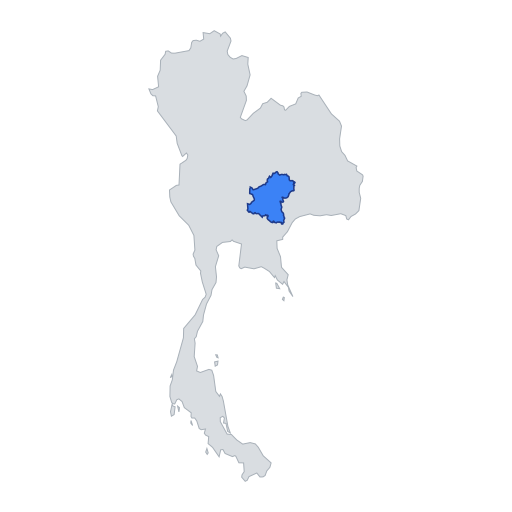 Nakhon Ratchasima highlighted on a map of Thailand
{"feature_id": "THA-441", "entity_name": "Nakhon Ratchasima", "entity_type": "Province", "adm_level": 1, "iso_a3": "THA", "parent_name": "Thailand", "parent_adm1": "", "projection": "natural_earth1", "projection_center": [102.187, 14.947], "detail": "fine", "context": "in_parent", "style": "filled", "palette": "blue", "viewbox_px": 512, "rotation_deg": 0, "n_neighbors": 0, "source": "natural_earth", "source_scale": "10m", "svg_char_len": 8911}
<svg xmlns="http://www.w3.org/2000/svg" viewBox="0 0 512 512"><path d="M220.2,34.0L220.6,36.2L222.6,33.3L225.2,31.9L230.4,38.2L231.0,41.0L227.2,51.1L227.8,54.5L230.2,57.3L233.1,59.0L236.1,58.5L241.9,55.6L248.2,57.5L247.8,64.2L250.1,74.9L247.0,85.9L243.9,91.3L246.2,96.0L246.4,100.4L240.3,117.4L241.5,118.8L245.3,120.6L247.0,120.0L253.3,113.3L260.4,108.1L262.7,103.7L267.2,102.3L271.1,98.3L280.4,105.2L282.8,105.8L284.0,107.0L284.5,109.8L285.6,110.3L289.4,106.4L295.7,103.9L298.2,98.0L301.2,96.3L300.9,93.4L301.8,92.3L307.0,92.0L314.9,95.1L317.6,95.7L318.9,95.0L331.4,113.9L339.5,121.2L341.5,126.1L339.6,138.8L339.8,146.0L341.6,151.6L345.0,155.4L347.6,160.9L356.9,166.1L356.1,167.5L356.8,171.0L362.6,174.9L363.1,176.2L362.4,181.4L359.8,185.3L359.2,188.4L359.2,192.4L360.7,198.3L358.9,210.6L355.5,214.0L351.0,216.5L348.5,219.8L346.7,219.0L345.8,215.6L340.8,213.7L331.2,215.5L326.5,214.7L320.1,215.8L313.8,215.3L310.1,213.9L299.7,216.6L295.3,219.0L292.2,222.6L287.5,231.6L282.7,237.1L282.7,239.4L276.8,240.8L277.1,248.4L280.5,256.7L281.5,267.3L288.2,274.7L286.9,279.9L287.7,284.9L292.9,296.6L289.1,291.1L288.4,287.3L284.0,281.5L282.6,284.3L277.4,280.0L275.2,275.7L274.5,277.6L269.4,271.5L264.2,268.2L261.3,266.7L254.0,268.8L244.8,267.1L241.2,268.7L239.7,267.8L238.8,265.9L241.5,244.0L233.5,241.3L232.1,239.9L230.4,241.5L222.5,242.4L216.8,246.4L216.1,249.8L218.7,255.8L215.4,266.6L216.5,276.9L216.0,282.5L212.0,289.6L211.0,295.3L206.5,304.0L203.5,315.0L202.8,321.5L197.5,331.2L196.2,336.7L194.4,338.8L195.1,343.2L194.2,356.6L197.5,366.4L196.6,370.9L200.3,372.5L208.9,369.4L211.8,370.2L213.6,375.5L215.8,391.5L219.5,396.4L220.4,393.9L222.1,396.5L223.4,401.2L227.9,426.4L230.3,432.9L227.6,431.3L226.0,423.4L223.5,423.0L224.4,418.0L222.8,416.3L220.2,417.7L220.3,421.6L227.1,434.1L231.4,434.5L236.8,440.0L242.7,444.1L250.2,442.6L255.3,443.9L258.3,447.3L263.2,455.8L271.1,462.9L269.9,467.3L266.8,470.9L265.1,475.5L263.0,476.9L260.0,477.0L256.8,473.0L249.0,476.6L247.2,480.3L245.2,481.3L241.7,477.2L242.0,474.9L244.2,471.6L243.6,462.9L238.9,462.8L235.8,456.2L234.8,455.6L232.5,456.6L225.1,453.5L222.9,449.5L220.7,449.8L219.1,456.8L212.6,447.4L208.1,443.6L208.7,436.6L205.6,435.1L204.3,433.2L205.5,429.0L201.2,429.7L199.2,428.5L196.8,421.0L194.7,418.0L191.9,418.0L191.0,416.5L191.2,412.8L184.3,407.6L182.1,401.6L178.9,398.9L176.8,399.7L174.7,404.0L173.1,403.7L171.7,402.5L169.9,396.5L170.1,386.0L172.3,379.9L173.5,370.1L176.7,361.9L183.4,337.9L183.7,328.4L195.1,314.9L202.6,299.5L205.1,297.2L206.2,294.3L202.3,281.9L200.5,273.2L200.8,271.0L196.0,265.1L194.8,258.4L193.5,256.3L193.1,254.1L194.9,250.1L193.9,235.4L188.7,225.2L179.2,215.8L170.9,201.9L169.8,197.0L169.5,190.0L176.3,185.4L179.0,185.0L180.0,164.2L185.9,160.3L187.2,158.5L187.8,155.0L186.4,153.0L182.6,156.5L181.9,155.7L177.2,143.4L176.2,136.0L157.4,110.9L158.3,106.7L155.6,95.9L152.8,95.7L150.9,93.8L148.9,88.9L152.6,89.6L158.6,86.8L157.6,76.3L160.2,70.2L160.6,60.2L165.1,54.3L165.7,51.3L168.2,50.9L171.5,53.1L174.9,53.2L189.0,50.6L190.8,47.9L191.7,42.4L193.1,40.6L196.3,40.2L199.9,41.3L203.7,39.1L203.1,32.6L209.8,33.7L214.2,30.7L220.2,34.0ZM175.1,406.8L174.1,414.6L171.4,416.2L170.5,411.7L172.1,404.3L172.9,406.0L175.1,406.8ZM218.0,361.1L217.5,364.9L215.2,366.2L214.6,361.9L218.0,361.1ZM276.8,283.3L279.7,288.7L276.4,288.2L275.7,283.0L276.8,283.3ZM207.2,454.4L205.7,452.1L206.9,448.5L208.2,452.9L207.2,454.4ZM179.5,407.7L178.9,411.9L177.6,406.1L179.5,407.7ZM218.1,357.8L216.8,357.3L215.7,354.8L217.3,354.9L218.1,357.8ZM191.0,420.5L192.6,425.5L190.8,423.1L191.0,420.5ZM284.3,297.5L283.9,300.7L282.4,299.4L283.3,297.1L284.3,297.5ZM171.9,376.5L170.3,377.7L171.7,374.7L171.9,376.5Z" fill="#d9dde1" stroke="#a8b0b8" stroke-width="1"/><path d="M248.8,212.1L248.4,211.7L248.2,211.4L247.9,210.8L247.4,210.4L247.3,210.2L247.4,209.8L247.6,209.5L247.9,209.0L247.5,203.7L248.2,203.9L248.4,204.1L248.6,204.2L248.9,204.2L249.6,204.5L249.8,204.4L249.9,204.2L250.0,204.1L250.3,204.0L250.6,203.7L251.0,203.5L251.1,203.3L251.2,203.1L251.4,202.4L251.5,202.2L252.3,201.8L252.6,201.4L253.1,201.2L253.7,200.7L254.0,200.5L254.2,200.3L254.3,200.0L254.3,199.1L254.3,198.9L254.2,198.6L253.0,196.0L252.9,195.7L252.9,195.3L252.8,195.0L252.5,194.6L252.4,194.4L251.8,194.3L251.6,194.3L251.3,194.1L250.6,193.6L250.4,193.6L250.1,193.7L249.8,193.6L249.7,193.3L249.7,192.7L249.8,190.2L249.8,189.7L249.8,188.9L249.9,188.6L250.3,187.9L250.3,187.6L250.3,187.1L251.7,187.8L252.1,188.1L252.4,188.5L252.6,189.1L252.8,189.5L253.0,189.7L253.6,189.7L257.2,188.5L257.8,188.2L258.1,187.9L258.9,187.0L259.1,186.8L259.3,186.7L260.3,186.4L261.4,185.9L263.0,184.8L263.4,184.6L264.1,184.4L264.3,184.4L264.5,184.4L264.9,184.6L265.2,184.7L265.4,184.7L265.5,184.6L265.6,184.2L265.7,183.8L265.9,183.1L266.2,182.7L266.4,182.5L267.4,181.9L267.6,181.8L267.6,181.7L267.5,181.2L267.3,180.5L267.2,180.2L267.4,179.4L267.5,179.0L267.6,178.9L268.2,178.6L268.5,178.3L268.6,178.2L269.3,176.6L269.5,176.2L270.5,177.0L270.7,177.4L271.2,177.0L271.6,176.5L271.7,176.3L272.0,175.7L272.3,175.5L272.3,175.3L272.3,175.0L272.3,174.8L272.6,174.4L272.7,174.1L272.7,173.8L273.1,173.5L273.8,173.6L274.1,173.4L273.9,173.2L274.0,173.2L274.3,173.4L274.7,173.3L275.1,173.0L275.7,172.3L276.5,171.8L276.9,171.7L277.1,171.7L277.6,172.5L278.0,172.9L278.1,173.0L278.1,173.7L278.1,173.8L278.2,174.0L278.4,174.1L278.9,174.4L279.0,174.5L279.4,175.0L279.5,175.1L280.0,175.0L280.5,174.7L281.2,174.6L281.7,174.4L282.0,174.4L283.7,174.8L284.0,174.8L284.1,174.7L284.4,174.4L284.6,174.4L284.8,174.4L285.3,174.6L285.8,174.6L286.1,174.5L286.4,174.3L286.5,174.3L286.8,175.0L287.1,175.4L287.2,175.8L287.3,175.8L287.9,176.0L288.3,176.1L289.0,176.8L289.1,177.7L289.2,178.5L289.2,179.4L289.2,179.6L289.3,179.6L289.5,180.0L289.8,180.5L290.0,180.7L290.2,180.8L290.3,180.8L290.5,180.7L291.0,180.8L291.3,180.8L291.6,180.6L292.4,180.6L292.7,180.8L293.0,180.9L293.0,181.0L293.1,181.3L293.3,181.4L293.4,181.5L293.5,181.8L294.2,181.8L294.3,181.8L294.5,181.9L294.7,182.1L294.8,182.3L295.0,182.7L294.9,182.8L294.5,183.1L294.4,183.4L294.2,183.4L294.0,183.2L293.8,183.2L293.3,184.5L293.4,184.8L293.6,185.0L294.3,185.1L294.5,185.3L294.5,185.6L294.3,185.7L294.0,185.8L293.9,185.9L293.8,186.2L293.8,186.9L293.9,187.5L293.8,188.4L293.8,188.5L293.9,189.6L293.9,189.9L294.1,190.1L294.0,190.4L293.9,190.6L293.7,190.7L293.0,190.9L292.8,190.9L292.6,190.7L292.4,190.7L291.9,190.9L291.6,191.2L290.8,191.5L290.7,191.6L290.1,192.3L289.2,193.6L288.8,194.0L288.9,194.5L288.9,194.8L288.7,195.1L288.5,195.4L288.4,195.8L288.3,196.3L288.1,196.7L286.9,197.7L286.4,197.9L286.0,198.0L285.1,198.1L284.6,198.1L284.2,198.0L283.9,197.8L283.4,197.5L282.4,197.2L282.2,197.2L282.1,197.3L282.2,197.6L282.9,198.1L283.0,198.1L283.0,198.4L283.0,198.6L282.8,199.2L282.8,199.4L282.8,199.6L282.9,200.1L283.5,201.2L283.5,201.5L283.4,201.7L283.3,201.9L283.1,202.0L282.5,202.1L282.3,202.2L281.6,202.1L281.4,201.9L281.2,201.5L281.1,201.4L280.4,201.1L280.1,200.9L280.0,200.7L280.1,201.3L280.6,203.2L281.0,203.8L281.0,204.7L281.0,204.9L281.3,205.7L281.4,206.2L281.7,206.7L281.7,206.8L281.8,207.1L281.7,207.5L281.1,209.3L281.2,209.7L281.6,211.2L281.9,211.8L283.1,212.9L283.2,213.1L283.4,213.5L283.6,214.2L283.6,214.3L283.6,214.5L283.5,215.2L283.5,215.5L283.8,215.9L283.9,216.1L284.1,217.4L284.1,217.7L284.2,217.8L284.4,217.9L284.6,218.0L284.6,218.4L284.4,218.7L283.9,219.9L283.7,220.3L283.7,220.8L284.0,222.2L283.7,222.4L283.5,222.7L283.3,222.8L283.0,222.9L282.7,223.0L282.5,223.3L282.5,223.5L282.9,223.7L282.9,223.8L282.5,224.0L282.1,224.1L281.9,224.1L281.7,224.0L281.6,223.9L281.5,223.6L281.5,223.2L281.5,222.9L281.5,222.7L281.4,222.4L281.1,222.4L280.5,222.5L280.4,222.4L280.0,222.2L279.8,222.0L279.7,222.0L279.3,222.1L279.1,222.3L278.6,222.2L278.2,222.0L277.9,222.0L277.4,222.2L276.9,222.3L276.7,222.4L276.6,222.6L276.4,222.8L276.2,222.9L275.9,222.8L275.7,222.6L274.7,222.5L274.5,222.4L274.3,222.2L274.3,221.8L274.2,221.7L273.7,221.1L273.3,221.2L273.1,221.4L273.0,221.5L272.9,221.7L273.0,222.2L273.0,222.3L272.9,222.5L272.7,222.6L272.1,222.5L270.7,221.9L270.5,221.7L269.4,220.6L269.1,220.4L268.8,220.2L268.4,219.9L268.0,219.5L267.7,219.2L267.4,218.6L267.2,218.3L267.2,218.2L267.1,217.9L267.2,217.7L267.3,217.6L267.6,217.2L268.0,216.3L268.1,216.0L268.1,215.8L268.0,215.6L267.6,215.2L267.4,215.2L267.1,215.4L266.9,215.7L266.7,215.8L266.6,215.7L266.4,215.6L265.9,214.8L265.7,214.7L265.5,214.9L265.2,215.5L264.4,215.7L264.1,215.9L263.8,215.9L263.5,215.8L263.3,215.8L263.1,215.9L262.9,216.0L262.7,216.1L262.4,216.1L262.2,216.4L262.2,216.9L262.2,217.1L261.6,216.7L261.0,215.9L260.9,215.8L259.8,214.8L259.6,214.4L259.1,214.1L258.9,213.8L258.6,213.6L258.3,213.5L257.9,213.5L256.7,213.7L256.1,213.6L255.9,213.5L255.6,213.3L255.3,212.8L255.2,212.7L254.8,212.7L254.6,212.9L254.2,213.2L254.1,213.6L253.9,213.8L253.1,213.8L250.9,212.2L250.7,212.0L250.6,211.8L250.5,211.7L250.4,211.7L250.1,211.6L249.9,211.5L249.8,211.4L249.6,211.5L249.5,211.8L249.4,212.1L248.8,212.1Z" fill="#3b82f6" stroke="#1e3a8a" stroke-width="1.5"/></svg>